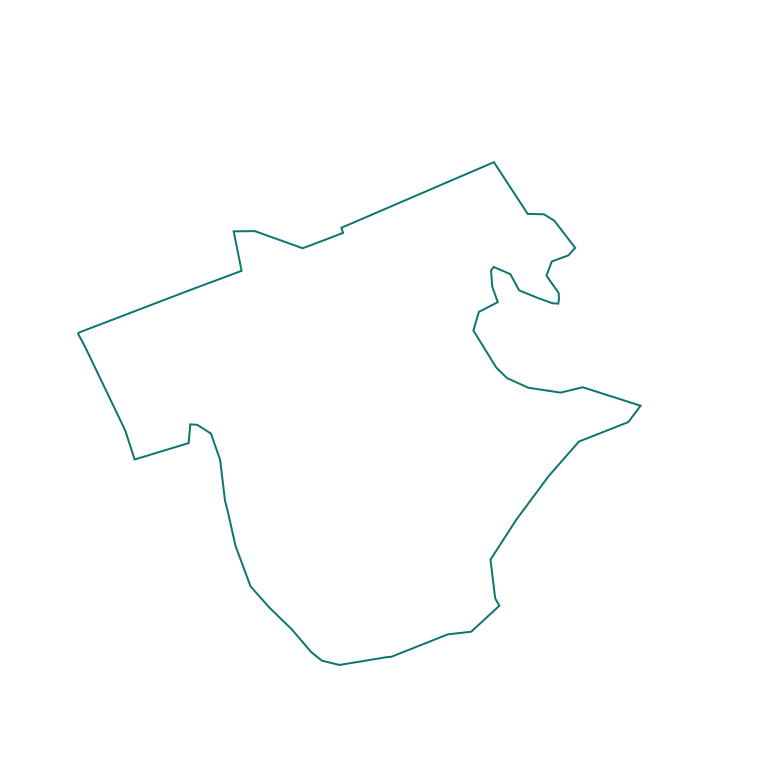 Bronx, New York, United States of America, rotated 318°
{"feature_id": "52423323B44038614744637", "entity_name": "Bronx", "entity_type": "district", "adm_level": 2, "iso_a3": "USA", "parent_name": "United States of America", "parent_adm1": "New York", "projection": "mercator", "projection_center": [-73.846, 40.852], "detail": "fine", "context": "isolated", "style": "outline", "palette": "teal", "viewbox_px": 768, "rotation_deg": 318, "n_neighbors": 0, "source": "geoboundaries", "source_scale": "gbopen_adm2", "svg_char_len": 982}
<svg xmlns="http://www.w3.org/2000/svg" viewBox="0 0 768 768"><g transform="rotate(318 384 384)"><path d="M560.1,571.8L529.5,519.4L509.4,508.5L488.7,483.3L479.4,462.1L478.4,447.1L486.2,404.1L502.7,393.9L523.3,399.3L529.7,383.9L539.5,371.3L543.8,370.4L551.4,386.9L547.1,404.8L555.1,421.5L563.0,436.4L567.3,440.9L570.9,437.9L574.7,433.2L577.2,412.2L590.7,405.2L607.1,411.8L617.2,410.7L619.8,376.4L616.4,364.9L604.6,353.7L614.1,292.7L567.7,276.9L456.9,239.4L454.7,244.3L445.8,240.9L414.4,228.7L390.2,183.8L374.4,170.0L353.9,204.6L303.0,184.5L191.7,141.6L190.3,141.9L186.7,156.5L186.6,156.8L160.6,245.4L148.2,273.2L199.3,297.2L213.0,284.4L217.9,289.3L222.2,305.1L211.4,330.8L187.8,364.3L182.4,374.6L165.4,404.8L149.4,445.1L149.2,472.9L151.3,505.0L150.5,534.5L152.7,548.0L162.8,562.9L203.7,589.1L206.9,591.6L263.8,612.7L283.0,626.4L321.3,626.0L323.2,617.7L345.6,585.8L391.3,573.4L444.8,562.6L490.4,557.2L540.1,575.8L560.1,571.8Z" fill="none" stroke="#0f766e" stroke-width="2"/></g></svg>